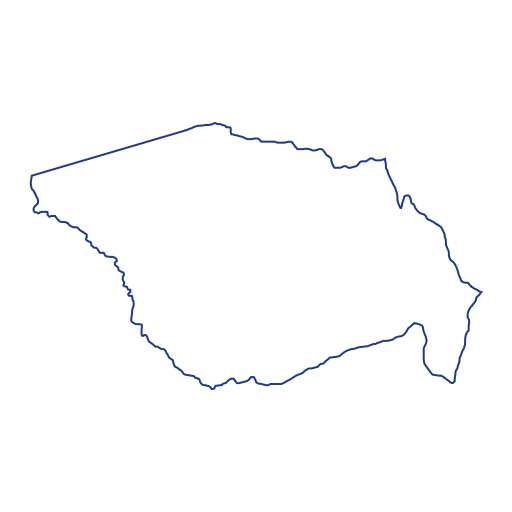 Zarcero, Alajuela, Costa Rica (Natural Earth projection)
{"feature_id": "36466004B69998662066275", "entity_name": "Zarcero", "entity_type": "district", "adm_level": 2, "iso_a3": "CRI", "parent_name": "Costa Rica", "parent_adm1": "Alajuela", "projection": "natural_earth1", "projection_center": [-84.401, 10.218], "detail": "fine", "context": "isolated", "style": "outline", "palette": "blue", "viewbox_px": 512, "rotation_deg": 0, "n_neighbors": 0, "source": "geoboundaries", "source_scale": "gbopen_adm2", "svg_char_len": 6056}
<svg xmlns="http://www.w3.org/2000/svg" viewBox="0 0 512 512"><path d="M393.8,185.6L388.5,174.4L387.7,172.1L387.3,170.2L386.2,168.7L385.9,167.5L385.9,163.7L385.1,160.7L385.1,158.8L380.8,160.3L376.3,160.4L374.7,160.0L372.5,158.5L370.3,158.4L366.1,161.3L361.6,161.3L360.1,162.0L357.5,165.2L355.7,166.4L353.5,166.8L353.1,167.1L350.1,167.8L348.4,167.8L346.2,166.3L344.0,166.2L340.5,167.7L334.9,167.8L334.4,167.6L333.3,166.2L333.1,165.1L332.1,163.6L331.2,160.1L331.2,158.8L330.7,157.9L328.9,156.5L328.4,156.4L328.1,155.9L326.7,155.2L326.5,154.7L325.6,154.0L325.2,153.0L323.4,150.6L321.7,149.1L318.8,149.1L316.9,150.1L314.8,150.4L312.5,150.4L309.4,149.1L307.8,149.0L307.3,148.8L304.5,148.8L303.5,149.1L297.3,149.1L296.4,147.8L295.0,146.6L294.4,145.2L293.6,144.6L292.7,142.9L292.2,142.7L291.9,142.1L291.1,141.8L288.9,141.7L284.1,142.7L277.4,142.7L274.8,141.7L261.3,141.7L260.8,140.8L259.9,140.4L259.3,139.5L258.2,138.6L257.6,138.5L254.3,138.5L251.6,139.1L247.6,139.1L245.5,138.4L242.5,136.9L238.3,135.9L238.0,135.6L236.9,135.3L235.8,135.3L232.6,134.3L231.5,134.3L231.0,133.4L230.7,131.6L230.7,128.4L230.3,127.6L229.3,127.3L226.5,127.2L226.0,127.0L225.7,126.1L224.8,125.6L222.2,125.0L221.2,124.4L220.2,124.1L217.9,124.0L216.4,123.7L215.6,123.1L214.5,123.1L212.1,124.4L211.0,124.4L208.9,125.0L205.0,125.0L202.3,125.6L199.5,125.7L196.8,126.1L194.2,126.9L191.2,128.4L190.2,128.5L186.7,130.1L185.5,130.1L185.2,130.5L31.8,175.7L30.7,183.1L31.1,186.3L32.0,189.2L33.6,190.7L34.0,191.7L35.2,193.6L35.7,195.3L37.7,198.9L38.1,201.3L38.0,202.9L37.0,204.3L34.5,206.7L33.7,208.2L33.6,210.6L34.3,211.7L35.0,212.3L36.5,212.3L38.4,213.4L39.0,213.2L40.1,212.3L41.4,211.9L47.2,211.9L47.4,212.0L47.6,212.8L47.6,214.8L49.0,216.5L49.6,216.7L51.6,216.0L55.1,216.0L57.4,219.3L59.5,221.3L61.9,222.0L65.2,222.0L67.0,223.0L67.7,223.0L69.0,224.9L72.8,227.2L75.0,227.2L77.4,227.6L80.0,230.2L82.4,231.8L83.7,232.3L83.8,232.6L86.6,234.6L86.8,236.9L86.0,238.9L86.1,239.7L87.8,241.1L88.5,241.2L89.3,241.8L90.0,241.8L90.5,242.2L90.9,242.6L91.3,244.9L92.2,246.1L93.8,247.5L96.5,248.0L97.0,248.4L100.0,252.9L103.4,252.7L104.0,253.1L104.7,254.8L105.9,256.2L109.0,256.8L112.9,256.9L115.6,258.1L116.2,258.7L116.6,259.5L116.7,261.3L115.1,262.2L114.8,262.9L114.9,264.4L115.6,265.5L118.1,267.4L118.4,269.4L118.9,270.4L122.1,272.2L123.0,272.3L123.6,273.0L123.9,273.9L123.9,275.2L123.1,276.2L122.7,278.6L122.8,279.7L124.3,282.8L124.1,283.8L123.6,284.4L123.5,285.4L124.3,286.3L126.9,286.8L127.9,289.3L129.2,289.8L130.3,289.8L130.4,291.8L128.3,293.7L128.3,295.0L128.7,295.6L132.1,296.1L132.5,299.4L133.2,300.6L133.7,303.5L133.7,305.4L132.1,310.1L132.2,311.9L131.1,320.4L131.8,321.8L135.5,324.1L140.4,324.3L141.7,324.7L141.9,325.0L141.9,327.5L141.6,329.1L141.6,334.8L142.2,335.8L142.9,336.0L144.2,335.0L145.6,335.1L146.0,335.6L146.4,335.6L147.3,337.2L147.7,338.7L148.8,341.4L153.8,345.0L155.0,346.5L157.5,346.7L160.9,348.8L163.6,349.2L164.5,349.6L165.7,351.1L166.6,353.2L167.7,354.7L168.8,357.2L169.5,358.0L172.6,359.9L173.5,363.2L174.2,364.9L174.4,366.0L175.8,367.2L177.3,367.7L179.8,369.8L180.5,370.0L181.6,371.0L183.8,373.9L184.4,374.3L185.5,374.7L193.2,376.0L193.9,376.2L195.3,377.8L196.0,377.8L197.5,378.6L198.6,378.6L199.5,379.8L200.5,382.7L201.5,383.9L202.8,384.8L204.1,385.2L205.5,385.2L206.1,385.6L207.2,385.7L209.2,386.3L210.0,386.9L211.6,388.9L213.7,388.9L214.2,388.5L215.4,385.9L221.9,385.0L221.9,384.6L223.0,383.8L226.0,382.8L228.5,380.3L230.9,378.8L233.7,378.6L234.6,380.0L234.6,380.4L236.1,382.0L236.6,382.9L237.2,383.2L238.6,383.2L247.0,381.1L248.5,380.0L251.2,377.0L253.9,377.2L255.3,379.7L256.2,382.1L257.7,383.4L260.5,383.8L266.3,385.2L268.1,385.2L270.6,384.0L281.4,384.0L283.9,382.9L285.7,381.7L290.1,379.5L294.1,376.8L297.1,375.1L301.0,373.7L302.9,372.7L303.7,372.1L304.6,370.9L308.0,368.8L309.7,368.4L311.8,368.4L318.0,366.7L319.1,365.2L320.2,364.3L320.7,364.0L323.1,363.6L323.7,363.2L326.1,360.7L327.6,359.7L329.8,357.6L337.1,356.7L339.5,356.0L343.5,352.7L346.7,350.8L349.2,349.8L351.4,349.1L354.4,348.7L359.0,347.2L367.7,346.2L372.8,344.2L375.6,343.9L377.4,342.9L379.5,342.4L383.3,340.9L387.7,340.8L389.8,340.4L392.8,339.5L395.8,337.4L398.4,336.6L401.6,336.1L403.5,335.0L405.9,332.4L408.3,328.2L410.9,326.2L414.4,323.0L415.5,323.5L416.5,323.5L419.9,324.5L421.9,325.6L422.4,326.1L422.8,327.0L423.4,330.7L424.0,332.1L424.5,333.8L425.4,335.6L426.4,339.3L426.6,340.8L426.2,342.8L425.2,345.2L424.3,346.7L423.7,348.7L423.7,359.2L424.0,362.0L424.7,364.2L429.9,371.5L432.5,374.6L440.0,375.8L440.2,375.6L440.9,375.6L442.4,376.3L443.7,377.4L444.4,377.5L446.6,379.5L449.1,381.1L450.2,382.3L451.9,383.0L452.9,383.0L454.7,381.2L454.7,378.3L455.1,375.5L455.4,374.9L455.4,372.4L456.1,370.2L456.9,369.3L457.6,367.5L458.0,365.2L459.0,363.1L459.0,362.3L459.4,361.6L459.7,357.6L460.7,355.8L462.1,351.6L464.2,347.6L464.2,346.8L465.0,345.1L465.2,338.2L465.7,335.5L466.1,334.2L466.4,334.0L466.4,333.6L467.0,332.4L468.7,330.3L468.7,325.4L469.1,323.5L469.1,320.6L468.9,319.4L467.6,317.2L467.7,313.1L469.1,309.7L469.6,309.1L469.6,308.7L471.0,306.7L472.3,305.6L472.3,305.2L475.2,301.6L475.9,300.2L475.9,299.4L476.6,297.2L479.7,294.4L480.7,292.6L481.3,292.1L478.8,291.2L476.6,289.5L474.4,288.7L473.6,288.0L471.2,286.6L471.2,286.2L470.9,286.2L469.2,284.4L468.2,282.8L465.4,282.7L462.8,282.1L462.2,281.7L461.9,281.1L461.5,281.1L461.0,280.2L460.2,277.7L459.4,276.4L458.5,273.9L458.1,271.9L456.5,267.3L454.3,263.3L452.7,261.5L452.1,261.3L450.2,259.5L450.2,259.1L449.5,257.9L448.9,256.0L448.9,253.2L448.6,251.2L446.1,245.3L445.7,239.4L444.9,237.3L444.4,233.6L441.4,227.6L439.0,225.5L437.4,224.9L437.4,224.5L435.1,223.3L433.4,221.8L431.6,221.2L430.5,220.4L428.2,219.5L427.4,218.8L426.7,218.2L425.8,216.1L424.1,214.4L423.4,214.4L419.8,212.9L418.3,211.7L417.5,210.7L416.9,210.3L415.4,208.2L413.9,204.5L413.4,204.1L412.5,203.9L411.4,202.9L410.9,201.1L410.9,199.8L409.8,196.7L408.6,195.5L406.1,195.5L404.3,196.5L404.2,197.3L402.8,201.6L402.0,204.3L402.0,205.1L401.2,208.0L400.3,207.8L398.5,203.9L397.4,199.9L397.4,196.6L396.8,192.7L395.8,190.2L395.1,187.5L393.8,185.6Z" fill="none" stroke="#1e3a8a" stroke-width="2"/></svg>